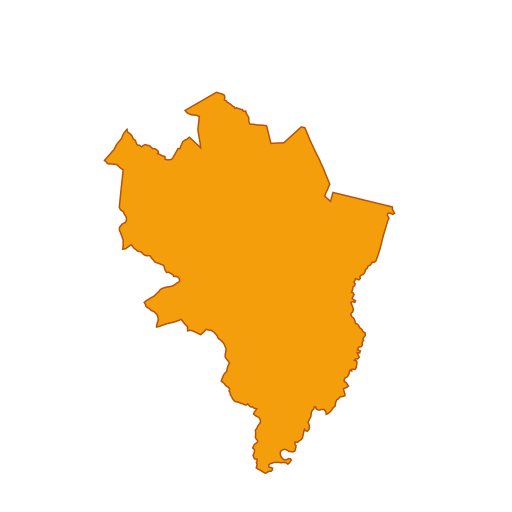 Nyeri Town, Central, Kenya, rotated 50°
{"feature_id": "3690345B58692620094819", "entity_name": "Nyeri Town", "entity_type": "district", "adm_level": 2, "iso_a3": "KEN", "parent_name": "Kenya", "parent_adm1": "Central", "projection": "orthographic", "projection_center": [36.977, -0.417], "detail": "fine", "context": "isolated", "style": "filled", "palette": "amber", "viewbox_px": 512, "rotation_deg": 50, "n_neighbors": 0, "source": "geoboundaries", "source_scale": "gbopen_adm2", "svg_char_len": 6136}
<svg xmlns="http://www.w3.org/2000/svg" viewBox="0 0 512 512"><g transform="rotate(50 256 256)"><path d="M98.9,216.8L101.7,216.8L104.1,215.9L106.5,214.6L109.7,211.3L111.4,210.5L112.7,209.7L121.9,219.4L134.2,226.6L137.4,228.8L122.2,230.7L122.1,232.5L122.2,234.2L121.5,235.9L121.4,238.9L122.9,241.5L123.5,243.0L124.9,245.3L123.5,246.7L124.5,249.0L126.0,252.9L126.6,254.8L127.5,256.7L127.6,259.0L125.6,261.9L123.6,263.4L121.3,261.8L118.6,263.5L115.6,264.8L114.3,265.6L113.8,263.8L111.9,263.6L108.9,264.4L107.5,266.1L103.2,266.6L101.3,268.0L99.4,269.2L98.9,271.2L98.9,273.5L96.1,274.2L94.8,275.5L92.8,275.2L89.9,274.1L87.3,274.7L84.4,273.8L81.3,273.9L79.8,274.4L78.2,274.6L76.1,273.4L76.3,275.4L77.2,278.7L78.0,280.7L79.2,282.7L79.8,284.7L80.5,289.1L81.4,292.3L83.2,296.3L83.6,299.5L84.1,301.7L84.7,306.5L85.4,310.7L87.6,310.2L89.5,310.4L90.8,309.7L92.3,307.8L94.7,305.6L96.6,303.8L99.2,303.6L101.9,303.2L104.7,302.4L118.5,316.8L130.8,329.4L133.0,330.0L134.7,329.9L136.8,329.0L138.5,329.8L142.6,330.4L144.1,331.2L145.4,332.4L146.4,334.3L145.5,337.9L145.9,340.4L146.5,342.4L148.7,344.2L150.8,344.7L152.4,345.3L155.3,346.3L158.7,347.7L160.6,349.5L162.3,350.7L163.9,352.4L165.1,353.8L166.6,351.4L167.1,344.3L168.9,344.4L171.9,344.4L173.9,343.8L175.9,343.7L177.4,342.7L179.0,341.4L180.6,341.3L183.4,340.9L185.7,339.5L186.6,337.9L188.2,337.0L190.1,337.4L192.5,337.2L194.5,337.3L196.1,337.2L197.7,336.1L201.2,334.2L202.9,333.2L204.7,332.9L206.6,334.0L208.7,334.7L211.1,335.1L212.3,333.4L214.2,332.6L217.1,331.7L218.7,332.2L220.0,330.7L221.6,329.4L223.7,329.2L226.0,330.3L226.3,332.2L225.9,334.0L225.7,336.4L225.6,338.0L225.1,339.8L224.2,341.4L223.3,342.8L222.1,345.0L221.1,347.2L220.4,349.4L220.2,351.2L220.8,353.2L220.9,355.0L221.0,356.8L221.2,358.7L221.1,360.8L220.6,362.7L220.2,365.5L219.7,368.8L219.7,371.5L222.2,371.9L223.8,372.7L225.7,372.3L227.8,371.5L230.4,371.3L232.2,370.3L233.9,369.7L237.1,369.6L239.4,370.2L241.1,371.1L242.4,372.4L243.4,373.9L244.3,375.3L245.3,376.7L246.5,377.8L247.9,375.2L248.7,372.6L249.4,370.9L250.7,367.6L251.7,365.5L252.7,363.7L254.0,361.2L255.0,358.6L255.8,356.3L256.3,354.1L260.7,354.2L263.4,354.2L266.1,353.9L269.4,356.5L270.4,354.5L271.9,353.1L274.0,352.0L276.4,350.9L278.9,349.8L280.7,349.0L280.7,344.9L280.0,341.5L282.2,340.0L283.3,338.6L285.1,337.8L287.3,337.1L290.7,337.0L292.4,337.1L293.9,337.7L295.6,337.8L298.0,337.1L301.9,336.9L304.0,337.3L305.8,338.0L307.6,338.4L309.5,340.2L311.4,342.6L313.4,344.5L315.8,344.9L317.9,344.8L321.0,345.1L321.6,347.0L323.3,349.9L325.6,352.7L325.7,354.5L326.3,357.4L327.5,359.4L328.7,361.9L329.8,363.2L331.5,362.5L333.6,362.3L335.9,362.5L338.9,361.5L341.2,361.8L342.1,363.5L344.0,363.6L345.5,364.8L347.5,365.0L350.1,365.7L352.3,365.8L353.9,365.6L355.7,364.2L357.3,363.1L359.1,362.4L360.5,361.2L362.6,360.4L364.0,359.2L364.0,357.3L366.5,357.4L368.3,357.0L369.5,355.6L371.4,355.3L373.5,353.6L374.2,355.8L374.4,357.4L375.5,359.5L378.2,359.0L380.5,358.0L382.2,357.5L384.3,358.1L386.3,359.4L386.8,361.7L387.7,364.6L388.6,366.2L389.0,368.5L391.1,369.8L393.0,371.5L394.5,373.1L396.6,373.5L398.6,373.4L399.6,374.9L399.3,378.5L401.0,382.0L402.8,381.6L404.4,382.4L405.6,384.1L406.9,386.4L409.0,387.3L410.9,387.4L412.4,385.7L413.7,387.0L414.4,388.5L416.2,388.9L417.1,390.1L418.5,392.0L421.0,391.2L423.9,390.1L426.9,389.1L428.5,388.5L429.3,384.5L430.6,382.7L430.3,380.7L429.0,379.7L427.3,380.9L425.8,381.7L424.3,380.8L424.2,378.6L425.0,377.0L425.5,375.4L426.5,373.9L427.8,372.4L428.8,371.1L430.4,369.9L431.6,367.9L433.6,365.9L435.9,365.4L435.9,363.4L435.0,360.1L433.4,359.9L432.1,361.3L431.6,363.9L430.3,365.4L428.0,365.9L425.4,365.7L422.9,364.5L421.6,363.0L421.4,361.1L422.5,358.2L424.8,357.0L427.0,356.3L429.8,353.6L430.4,351.7L429.0,349.5L427.2,347.3L425.3,347.2L423.5,345.8L425.3,344.3L425.4,342.0L425.7,339.3L425.3,337.4L423.1,334.6L420.8,331.7L420.0,330.3L421.7,330.4L423.3,329.1L422.9,327.0L421.7,325.3L420.5,324.3L419.0,323.7L416.7,322.9L416.0,321.0L415.1,319.2L414.5,317.5L413.1,315.9L411.8,314.6L410.9,313.3L410.4,311.7L410.4,310.1L409.0,308.5L410.0,307.2L411.5,308.2L413.5,307.6L414.9,306.3L415.8,304.2L417.6,302.4L420.7,302.8L422.5,304.0L423.0,301.9L423.0,299.6L422.7,297.3L422.1,295.4L421.8,293.9L421.8,291.9L420.8,290.7L419.6,289.4L418.1,286.6L418.4,284.3L417.9,282.5L419.3,279.8L420.2,277.7L418.5,276.4L416.5,275.7L413.9,274.2L414.9,271.2L415.1,268.8L410.8,268.3L408.9,269.0L407.5,268.1L406.6,266.0L407.3,263.7L406.2,260.6L403.9,257.8L405.5,256.6L404.1,255.9L406.6,252.8L405.7,250.6L404.1,248.9L402.3,246.9L400.7,246.6L399.1,247.7L398.8,245.8L400.2,244.3L399.9,241.9L397.5,241.4L395.0,240.6L396.9,238.9L395.8,237.1L393.0,238.6L391.7,235.7L393.1,233.8L392.5,231.6L390.5,230.4L389.9,227.8L388.2,227.4L387.6,225.7L387.1,223.3L385.0,221.8L382.7,222.7L380.6,222.1L377.5,222.6L375.4,222.1L373.5,222.1L371.4,223.0L368.7,221.7L366.7,221.2L364.0,221.6L361.9,221.0L360.9,219.7L361.1,218.1L359.9,216.1L356.3,214.3L354.6,213.9L352.5,213.1L353.2,211.2L355.1,210.1L354.2,208.5L352.7,209.2L350.5,209.7L349.4,207.8L348.7,205.7L346.7,205.3L345.2,206.2L344.4,204.4L343.3,202.9L342.0,201.6L342.1,199.6L341.1,197.9L339.1,197.9L338.4,196.0L337.3,194.3L339.0,193.3L340.4,192.6L340.3,190.6L338.6,189.8L338.3,188.1L339.0,185.5L338.3,182.8L336.8,181.0L336.9,178.5L335.8,176.9L336.4,174.4L336.0,172.3L335.3,170.9L336.9,169.2L336.8,167.1L332.8,160.4L329.6,155.5L322.9,146.3L313.1,131.5L312.7,129.9L308.7,129.0L308.2,127.1L309.6,125.5L312.0,124.5L312.4,122.5L310.2,121.9L308.2,121.6L306.1,120.0L256.8,156.2L262.1,163.8L254.2,164.9L252.9,162.5L251.0,158.4L249.2,155.0L248.5,153.4L242.4,151.4L236.8,149.7L234.0,148.7L231.1,147.8L226.1,146.5L223.7,145.7L221.1,145.0L216.2,143.9L210.9,142.6L202.5,140.3L194.2,137.7L189.0,136.1L186.2,138.4L187.2,161.8L179.3,172.2L169.4,167.3L163.0,164.2L159.8,167.1L156.2,171.0L153.7,173.0L150.9,176.0L148.3,175.0L146.5,173.5L145.1,172.5L142.4,172.1L140.3,171.7L138.4,170.7L137.1,172.6L135.2,172.3L133.5,173.6L131.7,174.7L129.9,175.7L129.3,177.3L127.7,176.9L125.8,177.6L123.7,177.9L121.6,178.5L119.8,179.2L118.3,178.9L116.2,179.9L114.2,177.7L112.5,176.9L110.2,177.7L107.3,179.8L105.2,181.0L98.9,216.8Z" fill="#f59e0b" stroke="#b45309" stroke-width="1.5"/></g></svg>